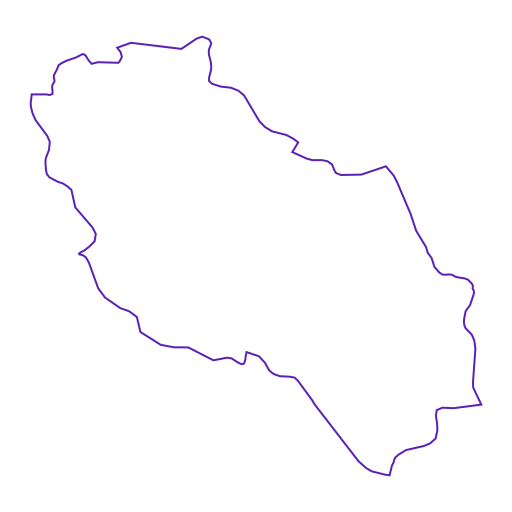 outline of Berat
{"feature_id": "ALB-1523", "entity_name": "Berat", "entity_type": "County", "adm_level": 1, "iso_a3": "ALB", "parent_name": "Albania", "parent_adm1": "", "projection": "albers", "projection_center": [20.072, 40.618], "detail": "fine", "context": "isolated", "style": "outline", "palette": "violet", "viewbox_px": 512, "rotation_deg": 0, "n_neighbors": 0, "source": "natural_earth", "source_scale": "10m", "svg_char_len": 2186}
<svg xmlns="http://www.w3.org/2000/svg" viewBox="0 0 512 512"><path d="M202.2,36.7L207.5,38.7L209.3,39.6L211.3,43.4L209.1,49.2L208.8,51.5L208.9,54.4L210.8,62.1L211.2,66.1L211.1,69.8L209.1,77.5L209.1,81.1L212.1,83.8L220.8,86.6L230.9,87.7L238.4,90.7L244.1,95.5L259.5,121.4L265.1,127.1L272.0,131.3L286.4,135.0L293.6,138.9L298.2,142.4L292.3,152.1L306.7,158.6L312.3,160.1L321.8,160.1L327.3,161.2L332.0,164.4L334.5,170.5L335.9,172.9L340.9,175.0L361.3,174.6L385.9,166.3L393.7,175.6L396.9,181.7L410.6,213.9L416.1,230.6L426.1,247.2L427.7,252.7L431.6,258.0L434.4,266.8L439.3,272.5L442.5,274.6L446.1,274.7L449.2,274.4L452.0,274.8L454.9,276.5L457.5,277.3L464.6,278.4L468.0,279.7L472.1,284.0L472.9,285.8L472.6,288.4L473.9,291.0L473.9,293.6L470.1,305.0L466.9,309.3L465.6,311.4L464.2,318.4L463.9,321.6L464.4,325.5L465.6,328.2L471.8,334.7L474.3,340.5L475.4,348.8L473.0,382.1L473.2,387.6L481.3,404.6L453.6,408.2L442.4,407.7L436.7,410.2L435.9,415.9L437.1,423.4L437.4,430.2L435.6,438.5L430.2,443.3L424.2,445.9L405.9,450.1L398.2,454.9L395.2,457.7L394.1,460.0L393.8,461.9L391.9,465.6L389.6,475.3L385.3,474.7L371.6,471.3L365.9,467.9L358.4,461.1L314.2,403.8L312.5,400.7L297.8,380.6L294.6,377.6L289.8,376.7L279.9,376.2L273.6,374.0L269.2,370.4L264.8,362.5L258.8,356.2L246.5,352.1L245.6,357.0L245.4,359.3L244.6,362.1L243.7,363.8L241.3,364.1L238.1,362.6L231.6,358.4L227.0,357.7L213.4,360.3L188.2,347.4L173.9,347.3L160.7,344.8L140.4,332.0L136.9,317.1L134.6,315.2L129.0,311.2L120.2,308.1L105.0,297.5L98.2,288.3L88.9,262.6L85.9,257.4L82.6,255.0L79.6,254.5L79.0,253.7L80.2,252.6L84.4,250.4L89.3,246.6L94.6,241.2L95.8,234.0L92.5,227.5L75.3,207.4L71.4,189.9L68.2,187.0L63.0,183.5L57.7,181.7L49.5,177.4L46.8,174.0L46.0,169.9L45.5,164.0L45.5,160.7L45.9,157.9L49.0,149.9L49.8,141.8L47.4,136.1L35.6,120.1L32.5,113.1L30.9,106.9L30.7,103.2L31.7,94.4L46.4,94.4L49.6,95.0L52.4,94.0L52.6,91.2L52.1,88.2L52.3,85.3L54.5,81.3L54.3,79.6L53.8,77.4L54.0,75.0L56.9,69.5L58.6,65.2L61.4,63.3L66.1,60.9L75.7,57.6L82.6,54.1L84.1,54.4L85.8,55.8L88.5,60.2L91.6,63.8L98.1,62.2L118.4,62.8L120.0,60.7L121.9,57.0L121.1,53.8L120.4,51.8L117.2,47.7L130.9,42.8L181.3,48.9L196.8,38.5L202.2,36.7Z" fill="none" stroke="#5b21b6" stroke-width="2"/></svg>